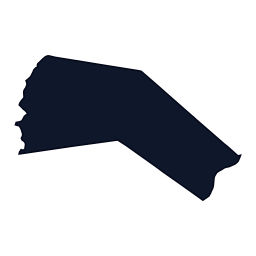 the district of Milagres do Maranhão, Maranhão, Brazil
{"feature_id": "56859067B37055437356595", "entity_name": "Milagres do Maranhão", "entity_type": "district", "adm_level": 2, "iso_a3": "BRA", "parent_name": "Brazil", "parent_adm1": "Maranhão", "projection": "robinson", "projection_center": [-42.846, -3.51], "detail": "fine", "context": "isolated", "style": "filled", "palette": "ink", "viewbox_px": 256, "rotation_deg": 0, "n_neighbors": 0, "source": "geoboundaries", "source_scale": "gbopen_adm2", "svg_char_len": 1280}
<svg xmlns="http://www.w3.org/2000/svg" viewBox="0 0 256 256"><path d="M19.1,154.0L71.7,146.3L117.7,140.0L126.2,145.5L155.6,166.4L163.3,172.1L180.5,184.2L190.8,191.5L202.9,200.2L208.9,196.0L210.6,193.0L211.4,190.9L212.6,188.5L213.3,186.1L214.1,177.7L214.7,175.9L216.8,172.5L219.0,171.0L221.3,169.8L224.3,167.9L225.8,167.3L229.2,166.6L232.8,165.0L235.0,164.0L237.0,162.4L238.1,161.2L239.7,157.6L240.6,155.2L238.0,155.9L227.7,146.7L224.3,144.0L204.2,126.5L195.8,119.2L193.7,117.2L191.6,115.5L165.8,92.8L158.7,86.5L142.7,72.6L141.4,71.4L139.1,70.8L105.8,65.5L101.5,64.8L86.8,62.4L55.0,57.3L49.7,56.0L48.1,55.8L46.5,56.2L44.8,57.2L43.0,58.7L41.2,60.5L39.3,62.4L38.0,63.4L37.3,65.2L37.9,66.8L35.9,67.7L33.9,69.8L33.3,71.3L32.4,73.3L30.6,76.7L28.4,78.8L26.0,80.7L26.7,82.6L27.0,84.5L26.4,86.1L25.8,87.7L24.7,89.2L23.8,91.0L23.7,93.2L23.9,95.0L24.0,97.7L22.1,99.8L20.0,102.7L19.2,105.0L20.6,106.3L21.9,107.6L23.3,109.1L25.3,110.7L26.7,112.2L27.6,114.2L25.4,115.3L24.1,116.8L23.0,119.0L21.8,120.9L19.9,121.7L18.1,122.1L16.2,122.4L15.4,124.8L17.6,125.5L19.3,125.8L20.8,128.3L21.7,130.7L22.8,134.6L22.2,136.5L21.3,138.2L22.2,140.1L23.8,141.1L25.2,142.8L25.5,144.9L25.1,146.9L25.0,148.9L23.1,150.3L21.1,149.6L19.5,152.1L19.1,154.0Z" fill="#0f172a" stroke="#020617" stroke-width="1.5"/></svg>